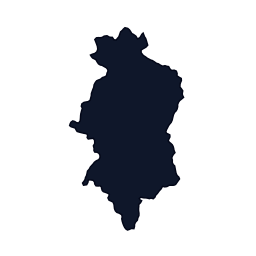 Rio do Prado, Minas Gerais, Brazil, rotated 26°
{"feature_id": "56859067B64680241764039", "entity_name": "Rio do Prado", "entity_type": "district", "adm_level": 2, "iso_a3": "BRA", "parent_name": "Brazil", "parent_adm1": "Minas Gerais", "projection": "orthographic", "projection_center": [-40.561, -16.684], "detail": "fine", "context": "isolated", "style": "filled", "palette": "ink", "viewbox_px": 256, "rotation_deg": 26, "n_neighbors": 0, "source": "geoboundaries", "source_scale": "gbopen_adm2", "svg_char_len": 3386}
<svg xmlns="http://www.w3.org/2000/svg" viewBox="0 0 256 256"><g transform="rotate(26 128 128)"><path d="M177.4,215.9L177.0,213.7L176.1,211.8L176.0,209.5L176.8,206.7L176.2,204.5L176.2,202.0L175.2,199.8L173.8,197.8L172.7,195.6L172.1,193.9L171.2,192.1L172.0,189.6L172.1,187.4L170.3,187.4L169.0,186.4L169.8,184.6L172.6,183.9L174.6,183.0L176.2,182.5L178.2,182.1L179.4,180.9L181.7,180.5L182.5,178.3L182.3,176.5L183.1,173.9L183.6,170.9L184.4,168.3L184.6,165.3L186.8,164.8L188.6,163.6L190.2,161.4L192.4,160.3L194.3,159.3L195.5,157.9L195.9,155.4L196.2,153.5L196.6,151.2L195.2,149.9L192.9,149.2L190.9,147.5L189.4,145.5L188.0,143.6L186.5,141.6L184.7,141.1L182.9,139.6L181.9,137.4L180.4,135.7L180.2,133.6L180.4,131.6L181.0,129.6L179.0,127.8L177.8,126.1L176.5,124.7L175.1,123.7L173.3,123.1L171.5,122.7L169.8,122.0L169.6,120.2L169.6,117.7L168.6,115.9L166.9,115.8L165.2,115.9L163.7,115.1L163.3,112.5L163.4,110.2L163.4,108.3L163.7,106.4L164.3,104.0L164.2,101.4L163.6,98.9L163.0,96.0L163.0,93.5L163.7,91.6L163.8,89.5L163.3,87.1L162.3,85.2L162.1,82.6L162.4,80.7L163.4,78.6L164.5,76.1L162.5,74.6L161.6,73.1L160.9,70.6L158.8,69.4L156.7,68.4L155.6,66.0L155.3,64.2L155.2,62.0L154.1,60.1L151.7,60.0L149.1,59.6L148.2,57.4L146.5,55.7L144.2,55.8L141.9,57.2L139.5,56.4L137.6,55.0L136.0,55.5L133.9,55.8L132.0,57.3L129.5,57.3L127.1,57.0L125.2,57.4L122.9,57.0L120.4,56.7L118.6,57.0L116.9,56.9L114.9,56.9L112.6,56.4L109.9,56.1L106.8,54.6L105.6,52.3L106.5,50.6L107.5,49.2L108.7,47.4L109.4,44.9L107.8,43.2L106.0,41.2L104.5,39.7L103.0,38.9L101.4,37.4L100.0,36.1L99.4,37.7L99.3,39.4L99.1,41.6L97.5,43.8L94.8,42.0L91.9,41.5L90.0,41.5L88.2,40.3L86.3,39.2L84.1,38.6L81.3,39.2L80.5,41.1L80.1,42.8L79.2,44.8L79.5,47.4L79.8,50.0L79.2,52.2L78.8,54.1L76.7,54.9L74.2,53.4L71.7,54.5L68.7,54.3L66.3,55.9L65.1,57.9L63.4,59.1L61.7,59.8L60.1,60.8L59.4,63.0L61.3,64.7L63.0,66.3L64.7,68.0L66.3,70.4L66.6,73.3L65.4,75.7L63.6,77.3L62.3,78.9L63.9,79.9L65.5,80.6L67.3,80.6L69.3,80.7L71.3,82.1L73.4,83.3L75.5,83.5L77.2,83.0L79.5,83.2L81.9,83.3L83.4,83.8L85.1,85.4L85.1,87.8L85.8,90.4L84.7,92.2L82.9,93.9L81.9,96.3L80.3,97.9L79.1,99.4L78.7,101.4L78.6,104.0L79.4,106.5L79.5,108.5L79.7,110.4L80.0,113.0L80.9,115.1L81.3,117.1L81.8,119.8L80.6,121.8L78.8,123.1L77.2,124.3L76.0,126.5L76.5,128.9L78.3,130.2L78.8,133.1L79.4,136.0L80.0,137.7L80.9,139.8L81.9,142.5L81.4,145.2L79.3,145.8L77.3,145.5L75.2,145.9L74.2,147.8L74.2,149.6L74.5,151.4L76.3,151.8L78.1,151.5L80.6,151.2L82.3,152.5L83.8,153.4L85.7,153.1L87.7,152.7L90.4,152.1L92.7,151.5L94.3,151.5L95.1,152.8L95.5,154.5L97.1,155.3L99.2,153.8L101.4,152.5L103.4,153.7L104.9,156.5L104.7,159.2L106.4,161.1L107.3,163.2L108.7,164.2L110.8,163.3L113.2,163.5L115.0,165.1L115.8,166.9L115.7,169.2L113.9,171.4L112.8,173.6L112.5,175.4L111.9,177.4L111.3,179.5L111.2,182.1L110.5,184.5L111.1,186.7L111.6,189.1L111.5,191.1L112.0,193.0L111.8,195.1L111.3,197.4L113.1,198.9L115.7,197.1L115.8,194.5L115.1,192.1L116.9,191.1L119.5,190.3L121.5,191.1L122.7,192.9L124.6,194.0L126.6,193.2L128.2,192.2L129.8,192.5L130.8,193.9L132.3,195.5L133.8,196.0L135.9,195.7L138.3,195.5L140.3,195.8L140.7,197.8L140.6,199.6L142.6,201.2L144.8,201.1L147.0,201.1L149.0,202.9L150.2,204.8L151.3,206.5L153.0,208.0L155.0,208.7L157.5,208.4L160.4,208.7L161.8,210.5L162.2,212.3L163.7,214.3L165.3,216.0L166.8,217.4L168.6,218.8L170.4,219.7L172.3,219.9L173.5,218.7L175.1,216.8L177.4,215.9Z" fill="#0f172a" stroke="#020617" stroke-width="1.5"/></g></svg>